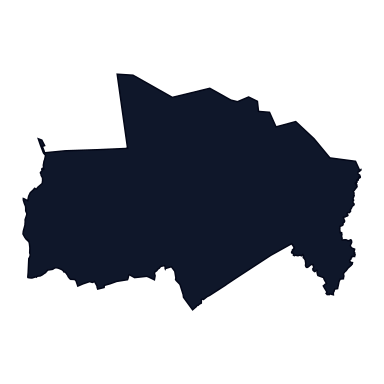 outline of Mārkalnes pag., Aluksne, Latvia
{"feature_id": "27541924B80787843923364", "entity_name": "Mārkalnes pag.", "entity_type": "district", "adm_level": 2, "iso_a3": "LVA", "parent_name": "Latvia", "parent_adm1": "Aluksne", "projection": "orthographic", "projection_center": [27.239, 57.508], "detail": "fine", "context": "isolated", "style": "filled", "palette": "ink", "viewbox_px": 384, "rotation_deg": 0, "n_neighbors": 0, "source": "geoboundaries", "source_scale": "gbopen_adm2", "svg_char_len": 5948}
<svg xmlns="http://www.w3.org/2000/svg" viewBox="0 0 384 384"><path d="M27.9,277.5L28.6,277.7L29.3,277.6L29.8,277.9L32.0,278.0L35.6,276.9L36.1,276.9L36.5,277.1L36.7,276.6L37.6,276.2L40.3,275.9L42.4,274.8L43.7,273.8L45.6,272.6L45.7,272.2L45.8,272.0L46.4,271.7L47.2,270.6L47.6,270.2L48.2,270.0L52.3,269.4L53.0,269.1L53.7,268.6L54.7,268.0L55.6,267.8L56.9,267.8L58.5,268.2L61.6,269.5L63.3,270.7L63.7,271.8L65.0,272.1L65.3,272.3L66.5,273.6L67.1,274.7L67.7,275.2L68.1,276.5L68.6,277.2L69.0,277.5L69.6,278.6L70.0,278.7L70.7,279.3L74.8,279.5L76.1,281.0L77.8,286.1L82.9,283.9L89.6,281.6L92.3,282.4L92.8,282.4L94.4,281.3L97.0,286.0L97.1,287.3L97.7,289.1L104.1,287.5L104.3,285.4L110.0,283.8L116.7,281.4L127.5,279.7L128.0,278.4L128.8,275.0L129.2,274.6L134.6,277.6L146.7,276.3L148.4,276.9L154.4,279.8L155.1,275.8L155.0,275.3L154.5,273.6L154.8,272.0L156.6,270.8L158.2,268.8L159.4,268.1L159.6,267.6L160.5,266.7L161.1,266.3L164.5,265.6L165.2,266.9L165.1,268.3L165.3,268.9L165.5,268.5L171.4,266.7L174.8,271.3L175.9,278.0L175.6,279.2L175.6,279.6L176.2,280.5L179.7,284.1L180.1,284.8L183.2,294.7L183.5,297.3L192.6,309.8L196.4,306.5L196.9,305.6L197.4,305.3L198.1,305.3L199.5,304.0L201.1,303.3L201.3,303.1L201.4,299.8L202.0,299.3L202.6,299.0L203.5,299.5L207.0,296.7L209.8,295.3L225.3,285.3L226.9,284.1L235.9,278.1L270.8,255.3L291.6,243.7L292.4,244.9L292.7,244.7L292.9,244.8L292.9,245.3L293.0,245.5L293.2,246.1L293.6,246.5L293.8,247.1L294.3,247.2L294.4,247.4L294.1,247.8L294.2,248.1L293.9,248.3L293.9,248.8L293.6,248.9L293.7,249.4L292.8,249.6L292.5,249.9L292.7,250.2L292.7,250.5L292.1,251.1L292.0,251.3L292.4,251.3L292.3,251.6L291.7,252.0L291.6,252.4L291.7,252.9L293.2,253.3L293.5,253.8L293.4,255.2L294.4,255.7L295.5,255.2L296.2,255.2L296.9,255.6L298.1,255.7L299.7,255.2L300.7,255.4L301.3,255.8L301.8,255.8L302.5,254.6L302.7,254.4L302.9,254.4L303.6,255.9L303.3,257.3L303.3,257.6L303.4,257.8L304.0,257.8L304.1,258.4L305.2,259.9L305.7,263.1L305.7,263.7L305.5,265.4L305.7,266.2L306.1,267.0L306.6,267.4L307.3,267.4L308.1,267.0L310.9,264.6L311.4,264.5L312.2,264.6L312.8,264.4L313.1,264.4L313.3,264.7L313.1,265.6L313.6,266.4L313.6,267.7L312.7,269.0L313.1,269.5L313.0,270.2L313.1,270.4L313.4,270.6L313.9,270.6L314.1,270.8L314.1,271.3L314.5,271.6L315.2,271.4L316.3,270.3L317.0,270.4L317.3,270.7L317.0,272.2L317.4,272.6L317.3,272.8L317.3,273.7L317.9,275.5L323.6,277.6L324.2,279.5L326.5,283.5L325.1,284.3L324.3,285.1L323.3,285.9L324.4,287.9L327.0,292.1L326.1,293.4L327.2,294.6L329.3,294.6L329.5,293.8L333.4,294.8L333.3,293.0L333.5,292.2L334.0,291.4L334.5,289.5L334.7,289.1L337.6,288.6L337.8,287.2L338.2,285.7L339.0,281.6L340.2,279.1L343.4,278.8L343.4,278.3L343.9,276.0L343.4,273.7L344.9,271.7L346.1,270.7L348.0,268.1L351.4,265.1L351.9,263.9L352.2,264.0L352.5,262.6L350.2,262.2L350.3,261.9L349.6,260.5L349.7,260.2L349.9,259.8L350.6,259.4L350.9,259.1L350.9,258.9L350.7,258.5L350.8,258.2L351.2,258.1L351.7,257.6L351.8,257.1L351.6,256.5L352.1,256.2L352.6,256.4L354.6,256.5L354.6,255.8L355.0,255.2L355.1,254.8L355.0,254.3L354.2,254.0L354.1,253.8L354.6,253.4L354.8,253.0L354.7,252.7L354.3,252.3L354.0,251.7L354.6,249.5L354.6,249.1L352.6,248.4L351.4,247.7L351.1,247.4L350.5,246.2L350.3,245.3L351.4,243.1L351.7,242.2L351.6,241.4L351.5,240.7L351.1,240.0L350.8,239.8L350.3,239.8L349.6,240.5L348.0,240.7L345.9,239.7L344.6,239.9L344.1,239.7L342.9,240.1L342.1,239.9L341.9,239.6L342.1,238.3L341.7,236.7L341.5,235.7L341.9,235.0L341.9,234.3L341.4,233.7L341.8,233.0L341.5,232.6L341.0,232.7L340.9,233.0L340.6,233.1L340.3,232.9L339.7,229.5L339.9,228.7L339.6,228.3L339.9,227.3L339.8,226.7L339.9,226.4L342.1,225.6L342.9,225.0L343.1,224.2L343.0,223.1L344.3,222.1L344.3,221.6L344.6,221.3L344.5,220.5L344.0,219.6L343.4,217.3L345.1,216.9L345.9,216.4L346.8,216.2L347.7,215.7L347.9,215.4L347.9,215.1L347.1,213.8L347.1,213.3L347.2,213.0L347.6,212.6L349.0,212.7L349.4,212.6L349.8,212.2L350.6,211.1L350.3,210.2L350.5,209.6L351.6,207.8L352.1,206.5L352.4,206.1L353.6,205.3L354.0,204.8L354.1,204.2L354.0,203.8L353.0,202.7L352.9,202.4L353.1,200.9L353.6,200.3L353.6,200.0L353.2,199.6L353.1,199.2L353.1,198.2L354.2,195.6L353.9,194.8L354.0,193.7L353.9,192.6L353.4,191.8L353.3,191.2L354.3,190.3L356.0,188.0L356.6,187.5L356.8,187.0L357.1,186.3L357.0,186.0L356.3,185.5L356.3,185.2L356.7,185.2L356.8,185.0L356.8,184.8L356.1,184.6L356.1,184.2L355.6,183.9L355.5,183.7L356.0,183.8L356.3,183.5L356.3,183.3L355.9,183.0L355.8,182.5L355.9,182.3L356.0,182.3L356.3,182.7L356.5,182.7L357.1,182.0L356.9,181.0L357.0,180.7L356.8,180.1L357.0,179.8L357.8,179.5L357.8,180.2L358.2,180.1L358.3,179.7L358.3,178.9L358.7,178.4L358.7,178.0L359.0,177.8L359.1,178.2L359.4,178.0L360.2,177.5L360.3,177.2L360.2,176.7L359.8,176.9L359.4,176.8L360.1,176.2L359.8,175.7L359.7,175.1L358.4,174.3L358.0,173.9L357.9,173.5L357.9,173.1L358.0,172.4L358.2,171.9L359.3,171.5L361.0,169.9L360.9,169.6L359.8,170.7L355.5,161.3L329.9,157.9L314.0,138.7L295.7,121.6L276.0,126.9L269.5,112.3L258.5,111.4L257.4,101.3L248.6,97.0L237.5,101.7L230.9,100.1L209.8,88.3L172.3,97.4L133.0,75.2L117.2,74.2L127.4,147.0L127.1,147.7L127.5,147.7L127.7,148.4L98.3,149.7L65.3,150.8L44.6,152.8L44.0,150.7L42.3,146.4L44.6,145.6L41.8,140.1L38.3,138.8L40.5,145.2L43.3,152.5L43.7,153.3L45.1,154.8L45.4,155.2L45.5,155.6L44.6,159.8L44.0,161.2L43.7,163.2L43.3,165.3L43.5,166.4L43.4,167.1L43.9,169.2L43.6,169.4L42.6,168.4L42.1,168.5L41.9,168.8L41.8,169.6L42.0,170.1L42.0,170.8L41.5,171.5L40.8,172.0L40.5,172.4L40.4,172.9L41.0,174.1L41.2,175.5L42.5,177.8L42.6,180.5L42.2,183.5L37.7,187.4L36.5,189.2L34.6,188.3L33.2,190.0L30.3,192.7L28.7,196.1L27.7,200.7L23.7,198.6L23.3,198.5L23.3,199.6L23.4,200.4L24.4,203.6L25.5,206.2L25.7,208.0L25.7,210.7L25.9,211.4L26.7,213.1L26.8,214.1L26.7,214.9L25.2,219.4L25.1,220.0L25.2,221.9L25.0,223.8L25.0,225.0L23.3,231.2L23.0,234.0L24.7,237.1L26.0,239.0L27.9,240.8L28.0,240.3L28.9,241.8L29.4,243.5L29.9,248.1L29.7,252.9L30.2,254.3L30.1,255.9L29.7,257.1L28.8,258.6L28.2,271.7L28.2,272.1L27.8,276.9L27.9,277.5Z" fill="#0f172a" stroke="#020617" stroke-width="1.5"/></svg>